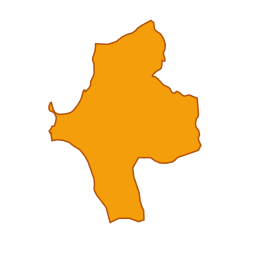 Sinop, Natural Earth projection, rotated 248°
{"feature_id": "TUR-2294", "entity_name": "Sinop", "entity_type": "Province", "adm_level": 1, "iso_a3": "TUR", "parent_name": "Turkey", "parent_adm1": "", "projection": "natural_earth1", "projection_center": [34.958, 41.65], "detail": "fine", "context": "isolated", "style": "filled", "palette": "amber", "viewbox_px": 256, "rotation_deg": 248, "n_neighbors": 0, "source": "natural_earth", "source_scale": "10m", "svg_char_len": 1778}
<svg xmlns="http://www.w3.org/2000/svg" viewBox="0 0 256 256"><g transform="rotate(248 128 128)"><path d="M47.1,76.0L62.5,78.0L77.7,73.8L82.6,73.4L84.8,74.0L88.6,75.9L93.2,77.4L110.8,78.3L117.8,77.6L124.7,75.6L126.9,74.5L132.0,70.7L136.8,68.0L140.8,63.3L143.8,57.7L144.7,52.7L146.5,53.3L150.3,54.0L152.0,55.0L152.3,54.0L152.9,53.7L153.7,53.8L154.8,53.8L155.7,55.8L157.1,57.2L158.1,58.4L157.5,59.6L157.5,60.6L162.4,64.4L165.5,65.6L169.4,65.3L170.8,64.5L172.9,62.3L174.4,61.9L176.4,62.2L177.7,62.9L180.4,65.3L180.4,66.5L173.2,65.6L169.9,66.0L167.1,68.1L165.9,70.7L164.7,74.4L164.0,78.2L163.9,81.3L164.7,83.9L168.3,90.2L172.3,95.2L179.5,100.9L179.5,102.1L177.7,102.1L178.5,104.3L179.8,107.0L181.6,109.2L185.4,111.1L189.3,115.5L191.4,117.1L199.3,120.1L205.1,121.0L207.3,122.4L211.5,126.2L216.4,128.8L218.3,129.4L213.1,140.7L212.5,149.2L214.7,157.3L215.0,162.2L214.5,167.1L215.2,171.0L217.0,174.4L218.0,179.3L219.1,189.4L216.4,191.3L209.6,189.6L206.9,190.7L206.8,190.8L202.8,193.5L197.0,194.4L191.2,193.8L187.1,191.6L184.8,189.2L183.6,188.6L177.6,187.9L176.3,186.9L177.8,184.9L173.4,182.8L171.3,181.4L170.4,179.8L170.1,176.8L169.3,173.8L168.2,171.3L166.7,170.0L165.3,172.4L161.8,174.3L154.8,176.9L150.4,180.9L148.8,181.6L145.4,181.8L144.1,182.4L142.8,183.8L143.8,186.8L141.8,188.8L138.8,190.3L136.6,191.8L136.2,193.0L136.0,195.8L135.6,197.1L135.0,198.0L132.7,200.1L129.8,203.3L114.7,198.6L112.4,197.3L110.9,194.8L107.5,192.5L103.6,191.4L99.2,192.5L94.7,191.7L92.4,189.4L89.5,188.8L84.6,189.1L81.0,184.9L82.1,163.0L80.7,159.7L79.9,156.6L81.1,150.1L83.7,144.4L87.6,140.7L92.0,137.9L96.6,126.7L89.2,117.4L80.4,115.0L64.1,114.1L56.1,112.0L50.3,111.4L45.6,111.6L36.9,108.4L37.2,102.8L43.9,95.3L47.7,85.5L47.1,76.0L47.1,76.0Z" fill="#f59e0b" stroke="#b45309" stroke-width="1.5"/></g></svg>